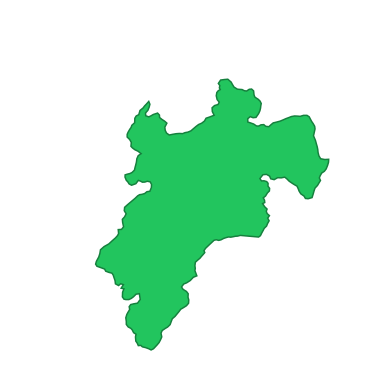 Camacan, Bahia, Brazil (Robinson projection), rotated 231°
{"feature_id": "56859067B31300760989852", "entity_name": "Camacan", "entity_type": "district", "adm_level": 2, "iso_a3": "BRA", "parent_name": "Brazil", "parent_adm1": "Bahia", "projection": "robinson", "projection_center": [-39.517, -15.442], "detail": "fine", "context": "isolated", "style": "filled", "palette": "green", "viewbox_px": 384, "rotation_deg": 231, "n_neighbors": 0, "source": "geoboundaries", "source_scale": "gbopen_adm2", "svg_char_len": 4363}
<svg xmlns="http://www.w3.org/2000/svg" viewBox="0 0 384 384"><g transform="rotate(231 192 192)"><path d="M139.9,69.6L138.7,66.3L137.8,64.2L135.9,61.4L132.8,59.5L130.4,57.6L127.2,57.5L124.7,58.6L122.6,58.8L119.4,58.1L116.7,59.0L115.0,56.9L111.5,54.5L109.0,54.3L106.4,53.6L105.0,55.7L102.9,56.0L100.3,58.0L97.3,59.8L95.0,60.8L94.4,63.4L94.8,66.3L95.1,68.5L95.7,71.6L96.9,74.4L98.4,77.3L101.8,79.1L103.1,81.7L102.8,85.2L102.4,88.1L102.7,91.5L104.2,94.0L105.9,96.9L106.0,100.5L106.8,104.4L107.3,106.8L108.0,109.4L107.5,112.7L107.1,116.1L107.7,119.3L110.2,121.6L112.8,122.7L115.3,125.0L118.0,125.1L122.1,123.8L124.8,124.1L125.7,127.7L124.8,130.6L124.3,135.0L124.9,139.3L123.8,143.0L126.5,143.9L129.1,144.8L130.5,146.4L132.9,147.9L135.3,150.4L135.5,154.0L135.5,156.3L136.0,158.8L136.4,161.2L136.9,163.8L138.9,164.4L139.7,167.2L140.1,171.9L140.4,176.1L140.6,178.8L139.6,180.8L137.6,182.3L136.6,184.4L136.0,187.4L135.1,189.8L134.1,192.1L132.5,193.7L131.4,195.7L130.3,197.9L129.0,199.7L127.9,202.2L115.1,215.4L115.0,217.7L116.3,220.5L117.3,223.0L118.3,225.2L118.6,228.5L119.9,230.8L121.1,233.8L124.1,234.4L124.9,237.3L128.0,236.8L130.3,237.6L131.5,239.6L135.0,239.2L138.6,239.6L138.0,241.9L140.0,243.2L142.6,243.7L142.6,246.6L143.8,250.0L144.1,252.8L146.0,254.6L148.7,254.7L150.9,256.6L153.1,256.6L155.3,255.1L156.9,253.0L159.7,253.2L160.8,258.0L158.8,261.0L155.5,262.3L152.7,261.5L149.9,263.6L149.2,267.6L146.8,270.3L145.2,273.4L142.5,274.0L139.3,274.3L135.6,275.4L132.7,276.4L130.5,277.3L127.7,276.6L125.3,275.8L122.1,275.4L118.4,276.5L115.6,276.1L113.7,278.0L112.1,281.8L114.1,284.8L116.1,287.6L117.6,290.0L118.1,293.6L119.0,296.0L120.1,299.1L122.8,299.8L123.9,301.7L125.1,304.7L124.8,307.9L125.5,310.8L127.4,314.2L129.2,316.8L131.4,318.8L133.7,315.6L136.9,312.9L140.3,313.4L143.5,314.9L145.9,316.5L148.2,317.7L151.7,319.2L154.4,320.4L156.8,321.1L159.2,321.8L161.6,324.8L163.6,327.3L165.9,328.7L169.0,329.2L171.6,329.4L174.2,329.9L176.7,330.4L179.2,329.6L181.4,326.9L182.7,323.7L184.8,321.5L186.5,319.6L188.1,316.7L188.8,314.4L189.9,311.2L190.7,308.2L191.6,305.1L193.4,301.1L194.6,298.6L194.6,296.0L194.4,292.8L196.7,290.6L199.2,290.2L200.8,287.9L201.3,285.3L202.7,283.7L206.0,282.7L208.3,281.3L211.3,279.4L213.9,281.5L213.9,284.7L211.3,286.2L209.7,288.7L211.0,293.1L212.4,295.9L214.1,298.1L215.6,299.6L217.2,301.5L219.8,302.1L222.4,301.8L224.4,301.1L226.4,300.6L228.6,301.4L231.8,303.5L234.5,303.1L235.8,301.1L236.1,298.0L237.8,296.4L240.1,295.4L243.3,292.0L247.1,290.7L250.2,291.1L252.8,291.6L257.1,290.8L259.0,288.0L261.0,284.7L259.8,280.8L257.2,280.6L255.7,278.8L253.8,278.4L254.2,276.2L253.7,273.9L251.5,271.4L248.0,269.7L244.7,269.7L243.6,267.3L245.0,263.9L244.8,260.6L241.7,258.4L237.7,257.5L239.2,252.9L240.5,249.4L239.3,246.3L239.4,242.8L240.3,239.6L240.4,236.4L240.3,232.4L240.2,229.7L241.1,226.5L242.5,224.0L243.3,221.4L245.4,219.1L247.2,216.5L249.0,213.3L250.6,210.2L253.8,209.3L256.8,210.0L259.5,211.7L261.3,215.8L264.3,215.3L267.4,214.3L270.3,213.7L272.3,215.1L275.0,214.9L276.6,210.7L277.0,208.1L277.6,205.7L280.4,204.0L282.7,205.7L283.2,209.0L284.9,212.1L286.7,214.5L289.6,215.4L289.0,211.7L288.7,209.2L288.1,206.9L288.1,202.9L285.6,199.3L286.2,196.5L285.3,194.0L281.9,191.0L281.7,187.2L280.5,185.3L279.9,183.1L278.7,180.0L277.6,177.9L275.5,176.2L272.0,176.6L268.7,176.0L265.9,173.3L263.6,173.5L260.8,174.2L257.7,175.7L253.8,176.6L254.1,173.1L252.5,170.0L250.1,167.5L248.3,165.1L247.0,163.3L245.2,161.0L244.9,157.6L245.5,155.2L246.6,152.9L247.4,150.8L245.7,149.3L242.4,148.3L240.3,148.5L237.9,148.2L235.3,149.3L233.8,153.6L234.8,157.6L232.9,158.8L230.9,159.6L229.4,161.6L228.5,164.0L226.2,165.9L223.3,165.3L221.0,163.2L219.1,159.7L220.6,157.2L220.6,154.2L221.7,151.6L222.9,149.6L223.2,147.3L222.9,143.9L222.7,133.8L222.5,130.0L220.1,127.6L216.5,127.1L215.1,123.9L214.6,120.7L212.1,119.0L208.0,116.9L207.3,113.7L209.2,111.0L205.9,108.8L205.0,106.7L204.5,103.7L204.3,99.0L204.0,94.7L204.9,89.4L204.7,84.5L202.2,81.7L200.2,78.7L198.3,74.1L196.6,71.7L194.1,71.4L190.0,73.9L187.1,75.6L184.8,75.1L182.0,76.7L179.3,78.7L177.1,78.5L175.0,77.7L171.5,76.4L168.8,74.7L165.5,76.1L165.6,78.8L163.2,80.4L161.8,76.4L159.6,78.2L157.8,75.0L154.3,71.9L151.5,71.7L149.9,73.0L148.1,75.3L147.5,77.8L147.4,80.6L147.8,84.2L146.1,87.1L143.8,85.7L141.1,84.2L139.9,79.7L141.8,76.3L143.1,73.5L142.4,71.0L139.9,69.6Z" fill="#22c55e" stroke="#15803d" stroke-width="1.5"/></g></svg>